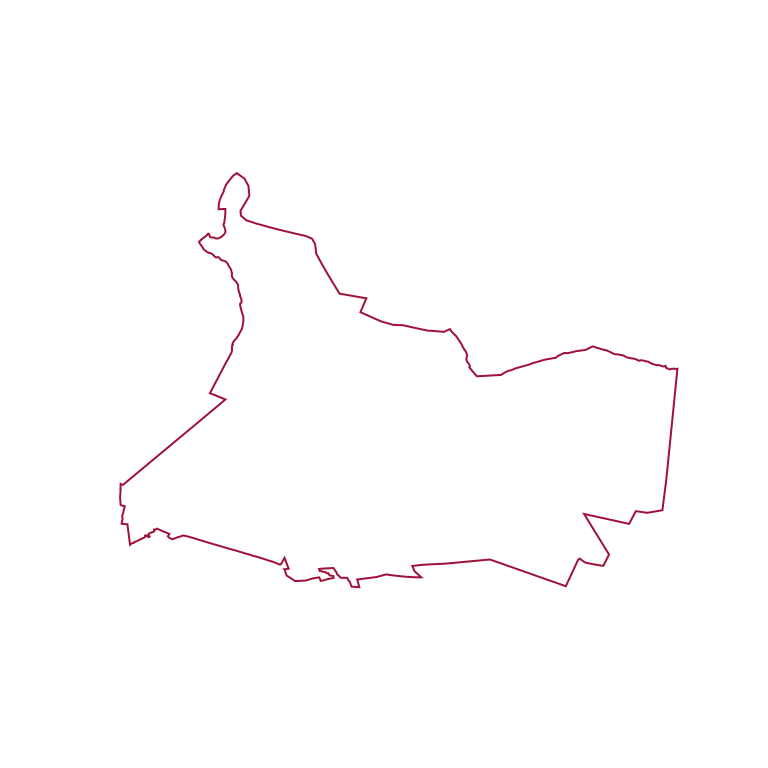 Ciuchici, Caras-Severin, Romania, rotated 166°
{"feature_id": "2599482B8913809213813", "entity_name": "Ciuchici", "entity_type": "district", "adm_level": 2, "iso_a3": "ROU", "parent_name": "Romania", "parent_adm1": "Caras-Severin", "projection": "equal_earth", "projection_center": [21.626, 44.928], "detail": "fine", "context": "isolated", "style": "outline", "palette": "rose", "viewbox_px": 768, "rotation_deg": 166, "n_neighbors": 0, "source": "geoboundaries", "source_scale": "gbopen_adm2", "svg_char_len": 6150}
<svg xmlns="http://www.w3.org/2000/svg" viewBox="0 0 768 768"><g transform="rotate(166 384 384)"><path d="M475.8,624.2L477.9,623.3L478.9,623.2L481.8,621.3L485.4,618.5L489.0,615.6L490.8,613.1L491.9,611.8L492.9,609.8L494.0,608.4L496.4,605.5L498.9,602.2L500.5,599.2L501.6,595.8L502.1,593.5L498.3,592.8L495.6,592.2L496.3,589.3L497.0,586.9L497.5,585.5L498.8,582.1L499.7,580.0L500.1,578.6L500.9,578.1L501.2,577.7L501.0,575.3L500.7,572.6L500.8,571.4L500.9,570.4L501.4,569.3L503.2,567.7L505.6,566.4L508.1,565.6L509.5,565.4L511.1,565.6L512.4,566.2L513.4,567.1L514.2,567.5L515.4,567.7L516.8,568.3L517.3,569.0L517.3,569.4L517.4,570.8L517.4,571.6L517.6,572.1L518.1,572.4L518.4,572.4L518.9,571.9L520.9,570.8L522.0,570.2L524.2,569.3L525.1,568.9L526.4,568.4L526.3,568.2L527.5,567.6L528.6,567.0L529.1,566.6L529.0,565.7L528.7,564.6L527.7,562.4L527.0,560.7L526.8,559.9L526.7,559.0L526.5,558.6L525.8,557.5L525.0,556.6L524.1,555.3L523.5,554.7L522.7,554.0L521.6,553.3L520.8,553.0L520.1,552.5L519.7,552.1L519.2,551.4L518.6,550.6L518.1,550.0L517.7,549.1L517.0,548.0L516.5,547.6L516.2,547.4L515.9,547.4L515.6,547.4L515.3,547.4L514.6,547.3L513.8,547.0L513.5,546.7L513.4,546.4L512.8,545.1L512.3,544.1L511.9,543.6L511.5,543.4L509.6,542.2L508.4,541.5L507.9,541.1L507.5,540.5L507.2,539.7L506.7,538.8L506.5,538.2L506.1,536.4L505.7,535.1L505.5,534.4L505.0,533.0L504.8,532.2L504.7,531.2L504.9,529.8L504.8,529.2L504.7,528.7L504.8,527.9L505.3,526.3L505.5,525.3L505.4,524.4L505.1,523.3L504.7,522.4L504.3,521.4L503.6,520.5L502.9,519.4L502.6,518.5L502.3,517.8L501.8,516.0L501.7,515.5L501.7,515.1L502.0,513.9L502.3,512.4L502.4,510.4L502.4,509.3L502.5,508.1L502.2,507.0L502.1,506.2L502.3,504.4L502.3,503.3L502.1,502.3L502.0,501.7L502.0,500.4L502.2,498.8L502.7,497.4L503.2,497.3L503.6,497.1L504.1,496.8L504.4,496.3L504.5,494.7L504.6,493.3L504.6,490.5L504.5,487.9L504.5,486.9L504.3,485.4L504.2,484.2L504.4,482.6L504.8,480.8L505.1,479.6L505.6,478.4L506.1,477.0L506.5,475.9L507.5,473.9L508.3,472.2L509.2,471.1L510.0,470.3L511.3,468.9L511.8,468.4L512.8,467.0L513.5,466.4L513.9,466.0L514.8,465.3L515.5,464.6L516.0,464.2L517.5,463.2L519.1,462.1L520.0,461.3L520.7,460.4L521.2,459.7L521.2,459.2L521.4,459.3L521.7,458.8L521.9,458.0L522.4,457.1L522.8,455.9L523.0,455.1L523.2,454.4L523.1,454.0L523.2,453.6L523.5,453.0L524.3,451.6L525.3,450.3L526.1,449.5L528.0,447.4L529.8,445.3L530.8,444.5L553.6,418.9L555.2,417.2L546.8,411.2L541.6,407.4L569.7,393.7L661.7,349.3L663.7,350.8L665.3,345.2L665.1,345.2L667.6,337.5L668.8,330.3L668.3,329.9L665.1,328.1L665.2,327.8L666.9,325.1L667.8,322.8L670.1,319.0L670.1,316.9L672.4,311.8L666.9,310.0L669.3,289.4L667.4,290.4L666.3,290.4L665.4,290.4L664.1,291.2L662.7,291.3L661.0,291.4L659.3,292.0L658.5,292.2L657.5,292.1L657.1,292.2L656.6,292.6L655.4,292.6L654.5,292.8L653.8,292.9L653.0,293.6L652.8,294.4L652.5,294.8L652.1,294.9L651.9,294.9L651.6,294.7L651.2,294.0L650.2,292.9L649.7,292.5L648.9,292.4L648.5,292.5L648.2,292.6L648.2,292.8L648.7,293.4L649.4,294.1L649.4,294.6L649.2,294.9L648.9,295.2L648.6,295.3L647.8,295.8L647.2,296.0L646.0,296.2L644.4,296.2L643.4,296.3L642.7,296.5L642.4,296.9L642.3,297.1L642.5,297.8L642.5,298.1L642.3,298.4L641.6,298.0L641.1,298.1L639.9,298.4L639.3,298.6L637.1,296.9L634.8,295.0L633.8,294.3L630.5,292.0L628.5,290.4L629.2,289.8L629.8,289.2L630.5,288.5L629.7,287.0L628.5,285.9L627.2,284.6L625.6,284.7L623.8,284.9L622.4,285.1L621.2,285.3L619.9,285.2L618.9,285.3L616.7,285.5L615.3,285.6L611.4,283.6L609.1,282.3L607.1,281.2L602.7,278.5L598.4,275.9L594.1,273.3L589.8,270.8L585.5,268.3L581.2,265.8L577.0,263.3L572.6,260.8L568.4,258.4L564.2,255.9L560.2,253.5L557.0,251.7L553.4,249.5L550.4,247.8L545.4,244.9L542.8,243.3L539.5,241.2L538.6,240.6L537.6,240.0L535.3,238.7L533.9,237.8L531.9,236.3L529.2,234.2L528.9,234.0L528.7,234.0L528.3,233.9L527.6,234.0L522.6,239.4L521.2,227.9L525.2,228.3L525.1,228.2L525.2,224.9L524.8,221.6L522.5,219.3L518.0,214.3L507.5,212.2L499.0,212.6L493.6,212.0L493.0,208.3L489.6,208.0L487.9,208.3L483.6,208.2L479.8,208.0L479.7,210.0L483.1,211.5L483.7,213.8L485.2,214.1L486.2,215.5L491.7,218.2L491.8,220.2L489.1,219.9L477.6,217.7L477.1,216.5L475.6,212.4L475.5,210.8L472.8,206.4L466.5,204.8L466.2,202.7L465.0,200.1L464.5,195.2L457.1,192.8L457.3,200.8L437.8,198.5L427.8,198.7L423.8,197.0L419.7,195.4L415.6,193.9L411.5,192.4L407.3,191.0L403.1,189.7L398.9,188.5L394.6,187.4L399.7,195.0L400.6,200.6L391.2,199.4L379.1,197.1L367.1,194.7L323.7,188.1L256.5,143.8L238.9,165.6L237.6,166.9L236.3,167.2L235.1,165.7L232.2,162.3L229.7,160.9L221.3,157.0L215.2,154.5L206.9,164.1L221.3,209.5L186.1,192.0L180.0,189.0L170.4,199.7L159.6,195.3L147.3,194.4L144.4,194.2L133.3,222.7L95.6,327.8L96.9,327.8L98.1,328.4L99.1,328.7L100.3,329.0L101.3,329.1L102.1,329.1L102.7,329.0L103.2,329.0L103.6,329.3L104.1,329.9L104.6,330.3L105.8,330.8L106.3,331.3L106.4,331.8L106.4,332.7L106.3,333.1L106.4,333.5L106.8,333.5L108.0,333.3L108.7,333.5L110.1,334.2L111.2,335.0L112.7,335.9L113.9,336.0L114.5,336.1L119.4,339.0L119.9,339.7L121.2,340.5L121.9,341.5L122.8,342.0L123.5,342.4L124.3,342.6L125.0,342.9L126.3,343.8L128.4,344.7L128.9,344.9L130.2,344.8L130.7,344.8L131.7,345.5L134.4,347.7L134.9,347.9L136.7,348.6L140.0,350.1L141.8,351.0L142.7,351.7L144.6,353.5L145.2,354.0L146.0,354.4L148.4,355.3L149.4,356.0L149.9,356.2L152.2,356.8L152.9,357.2L153.7,357.7L156.2,359.8L156.7,360.1L157.0,360.5L157.3,360.8L158.7,361.7L159.2,362.4L159.6,362.6L164.9,365.3L167.5,367.0L169.8,368.3L172.2,370.0L180.4,368.3L189.9,369.4L193.4,369.3L198.2,369.5L201.7,370.5L206.8,369.5L209.7,368.7L210.5,367.9L218.9,368.5L222.2,368.7L227.4,368.5L235.2,368.2L238.6,367.7L252.2,367.4L255.9,366.8L262.4,366.4L268.3,364.5L292.0,369.0L297.2,379.4L296.4,380.0L296.5,382.1L298.1,386.0L298.0,388.7L296.3,391.6L296.7,395.4L298.4,400.1L299.2,404.2L301.3,410.0L302.4,413.0L305.6,418.2L306.7,421.3L313.1,420.1L321.1,422.8L329.1,425.4L340.3,430.9L351.5,436.5L360.6,439.1L371.8,445.5L389.5,459.4L380.4,471.4L398.2,479.3L405.2,482.3L408.7,493.3L412.1,504.4L415.3,515.6L418.2,526.8L417.0,536.5L418.7,542.4L424.0,546.5L435.1,552.1L446.2,557.9L457.1,563.8L468.0,569.9L478.1,576.2L482.1,582.0L481.3,586.8L469.1,599.2L467.6,609.0L469.7,617.1L475.8,624.2Z" fill="none" stroke="#9f1239" stroke-width="2"/></g></svg>